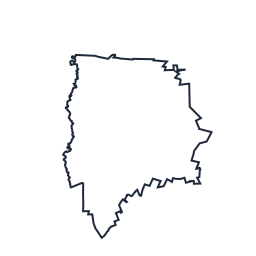 the district of Manuel Benavides, Chihuahua, Mexico, rotated 245°
{"feature_id": "50627088B76577839440191", "entity_name": "Manuel Benavides", "entity_type": "district", "adm_level": 2, "iso_a3": "MEX", "parent_name": "Mexico", "parent_adm1": "Chihuahua", "projection": "mercator", "projection_center": [-103.724, 28.922], "detail": "fine", "context": "isolated", "style": "outline", "palette": "slate", "viewbox_px": 256, "rotation_deg": 245, "n_neighbors": 0, "source": "geoboundaries", "source_scale": "gbopen_adm2", "svg_char_len": 5631}
<svg xmlns="http://www.w3.org/2000/svg" viewBox="0 0 256 256"><g transform="rotate(245 128 128)"><path d="M156.6,204.9L159.8,197.5L164.0,198.8L165.6,195.6L161.3,194.1L164.8,185.7L167.4,187.9L169.0,185.5L171.8,191.4L178.5,179.7L179.4,180.5L188.5,161.9L188.0,161.3L194.2,150.4L195.6,148.7L198.0,144.7L199.0,147.0L199.5,147.1L199.8,147.2L200.1,146.7L200.2,146.4L200.5,146.2L200.6,145.7L200.6,145.4L200.8,144.9L200.7,144.1L200.5,143.1L200.2,142.6L199.9,141.8L199.9,141.3L199.7,140.9L199.6,140.5L199.1,139.5L199.2,139.0L205.0,131.3L207.4,128.6L216.0,112.1L216.3,111.9L216.3,111.7L215.8,111.4L215.0,110.7L214.8,110.1L215.0,109.9L215.7,109.3L216.1,108.7L216.4,107.8L216.4,107.5L216.2,107.2L215.7,107.0L215.0,107.0L213.8,108.4L213.3,108.8L212.9,109.0L212.6,109.1L212.0,109.0L211.1,108.6L210.5,107.9L210.1,106.6L210.4,106.5L210.9,106.6L211.4,106.6L211.8,106.5L212.5,106.0L212.7,105.7L212.8,105.4L212.8,104.7L212.7,104.2L212.6,103.9L212.2,103.5L211.2,103.2L210.2,103.2L209.6,102.8L209.4,102.9L209.0,103.6L209.1,104.3L208.9,104.8L208.7,105.7L208.7,106.1L208.5,106.6L208.3,106.9L207.7,108.1L207.3,108.5L207.0,108.5L206.0,108.3L205.0,107.8L203.9,107.5L203.2,107.5L202.7,107.4L202.6,107.5L202.4,107.8L202.2,107.8L202.1,107.7L202.0,107.4L202.0,106.4L201.9,105.8L201.8,105.6L201.4,105.3L201.1,105.2L200.7,105.7L199.8,106.0L199.5,105.9L199.2,105.6L198.9,104.3L197.2,104.6L196.7,104.4L196.7,103.8L196.7,103.7L196.3,103.5L195.9,103.7L195.3,103.6L194.8,103.8L194.0,103.4L193.8,103.3L193.8,103.0L194.3,102.7L194.5,102.4L194.3,102.0L193.6,101.1L193.7,100.7L192.5,100.3L191.6,99.8L190.9,99.0L190.8,97.9L190.9,97.5L189.0,97.6L188.9,97.7L188.8,98.4L188.6,98.8L187.8,98.7L187.4,98.8L187.0,98.7L186.8,98.3L186.6,97.9L187.2,96.4L187.3,95.6L187.3,95.2L187.2,95.0L186.3,94.5L186.0,93.9L185.1,93.3L184.5,92.8L183.5,91.4L183.0,90.2L182.8,90.1L182.5,90.2L181.8,90.5L181.5,90.5L181.3,90.5L181.1,90.3L181.0,89.9L181.1,89.6L181.3,89.3L181.7,88.9L181.8,88.5L181.7,88.3L181.1,88.0L180.3,88.2L180.0,88.1L179.4,87.7L179.1,87.7L177.7,87.7L177.5,87.3L177.7,86.7L177.8,86.1L177.7,84.8L177.6,84.3L176.4,83.6L175.3,83.1L175.0,82.8L174.5,82.9L174.1,82.8L173.5,83.1L173.3,83.1L173.0,83.0L172.7,82.5L172.6,81.9L172.6,81.5L172.9,81.1L173.0,80.8L172.7,80.4L172.3,80.0L172.2,80.0L171.4,80.6L170.4,80.7L169.5,81.1L169.0,81.0L167.7,81.6L166.8,81.8L165.3,81.7L164.3,80.7L164.1,80.5L164.0,80.0L163.1,79.7L162.4,78.7L162.0,78.6L160.8,79.1L159.8,79.0L159.2,79.1L158.9,79.3L158.4,79.9L158.2,80.0L157.4,79.6L157.0,79.5L156.2,79.8L155.6,80.3L155.2,80.4L155.0,80.0L155.0,79.5L155.0,79.3L154.7,79.1L154.0,77.8L153.6,77.5L152.6,77.5L152.4,77.2L151.7,76.9L151.0,76.9L150.1,76.7L149.5,76.4L149.1,76.4L148.4,76.0L147.1,76.1L146.6,76.1L146.3,75.7L145.9,74.8L145.7,74.6L144.9,74.7L144.6,74.6L144.0,74.6L143.8,74.7L143.6,75.3L143.3,75.4L143.1,75.4L142.9,75.2L142.0,73.3L141.7,73.1L141.2,72.8L141.0,71.9L139.8,71.1L139.2,70.4L138.7,69.3L138.8,68.7L138.6,68.4L139.0,67.9L139.0,67.5L138.7,67.0L137.6,67.4L136.8,67.5L136.4,67.4L136.2,67.3L136.1,66.7L136.5,66.3L136.6,65.8L136.5,65.5L136.1,65.2L136.0,64.8L135.6,64.7L135.0,64.9L134.2,65.9L134.2,66.5L133.9,67.2L132.7,67.3L132.5,67.0L132.4,66.6L131.7,65.8L131.8,65.3L131.9,64.8L131.8,63.2L131.9,62.8L132.0,62.6L132.6,62.6L132.8,62.3L132.9,61.4L132.6,60.1L131.6,58.6L131.5,58.1L131.2,58.1L130.5,58.1L129.1,59.3L128.9,59.4L128.4,59.4L127.4,59.0L127.3,58.4L126.9,57.8L127.1,57.2L127.0,56.9L126.8,56.5L126.0,56.3L125.4,56.7L124.7,57.0L124.0,57.3L123.7,57.3L123.0,56.8L122.3,56.6L122.0,56.4L121.8,55.6L121.7,55.5L120.9,55.3L120.6,55.2L119.9,55.2L119.5,55.1L118.5,54.8L118.1,54.9L117.7,55.1L117.2,55.2L116.7,54.7L116.1,55.0L115.9,54.9L115.5,54.5L114.3,54.0L113.8,54.1L113.3,54.3L113.3,54.8L112.8,55.3L112.5,55.3L110.7,53.6L110.4,53.6L108.2,54.3L107.5,54.2L107.3,53.9L107.3,53.1L106.5,52.4L106.1,52.2L105.2,52.4L103.8,52.5L102.9,52.0L102.0,52.1L101.3,51.6L100.9,51.7L99.8,51.3L99.1,51.4L98.5,51.1L98.1,51.7L98.1,54.2L97.6,63.3L96.6,63.9L86.3,59.0L83.3,57.7L75.8,54.3L71.6,52.1L69.1,57.4L66.5,55.4L64.8,59.1L56.1,56.5L50.9,56.1L39.6,57.8L40.1,59.4L40.1,60.2L40.3,60.8L41.0,61.9L41.0,62.4L41.4,63.1L41.8,63.5L42.9,65.4L43.1,65.9L43.1,66.4L43.2,66.6L43.9,67.3L44.0,67.5L44.7,68.0L44.8,68.4L44.7,68.4L45.9,71.0L45.6,71.2L45.4,75.9L49.0,76.2L48.7,80.7L56.0,81.1L55.9,85.8L54.3,85.6L54.4,87.0L61.9,87.3L64.2,90.7L65.5,93.1L61.5,95.2L61.5,95.7L64.4,94.6L67.3,98.7L67.7,98.6L67.8,98.7L67.6,99.4L67.6,99.9L67.3,100.4L67.0,100.7L65.7,101.4L65.2,102.2L64.7,102.7L67.6,108.5L68.1,110.3L64.5,110.1L62.7,110.2L62.0,110.0L61.1,111.3L65.7,114.9L69.8,119.4L66.4,123.1L71.6,129.1L66.8,134.4L66.3,135.2L61.6,129.9L60.8,133.0L60.2,135.7L65.1,141.8L64.3,142.3L62.6,143.7L60.6,144.9L62.0,146.3L63.5,147.6L61.5,150.2L59.5,154.3L59.5,154.7L59.2,156.9L59.1,158.1L53.9,157.4L53.2,161.1L53.6,161.0L53.7,162.0L53.4,162.3L52.3,165.2L49.6,164.2L47.1,170.0L53.8,169.6L53.2,171.8L59.6,175.4L59.8,175.9L59.9,176.1L60.8,176.0L60.9,175.9L61.1,176.1L61.6,176.1L61.8,175.9L61.8,175.7L61.6,175.0L61.7,174.9L61.9,174.9L62.1,174.8L62.0,174.7L61.9,174.2L62.3,173.9L62.1,173.5L62.0,173.0L62.1,172.7L62.5,173.1L62.9,173.3L63.2,173.8L63.4,173.9L65.6,176.4L67.0,177.8L71.6,171.8L76.9,176.6L79.1,178.0L83.1,185.1L83.8,186.5L82.5,193.6L88.9,202.0L89.2,201.9L89.8,201.0L97.0,192.2L97.1,192.3L105.9,192.7L106.1,198.3L121.1,192.9L142.3,202.2L145.3,193.1L149.0,195.9L149.3,195.8L149.9,196.0L150.2,195.6L150.3,195.6L150.5,195.3L151.2,194.8L152.6,192.9L153.3,192.4L153.3,192.1L153.8,192.0L154.0,193.1L154.4,193.7L155.5,196.1L155.5,197.2L159.1,195.2L158.3,197.9L158.2,198.7L158.3,199.2L158.2,199.9L157.9,200.1L157.7,201.8L157.3,202.3L157.1,203.0L156.6,204.9Z" fill="none" stroke="#1e293b" stroke-width="2"/></g></svg>